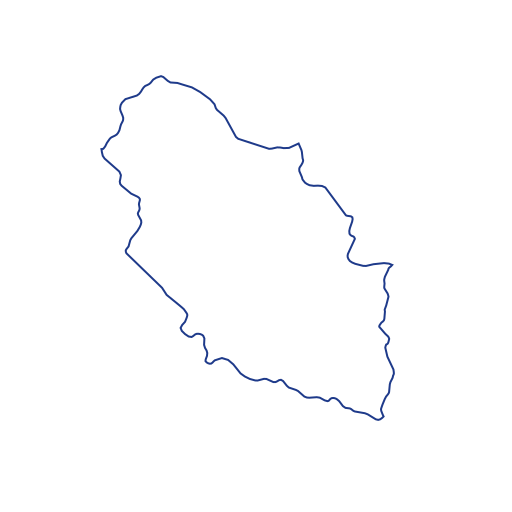 an SVG outline of Uvs, rotated 222°
{"feature_id": "MNG-3322", "entity_name": "Uvs", "entity_type": "Province", "adm_level": 1, "iso_a3": "MNG", "parent_name": "Mongolia", "parent_adm1": "", "projection": "natural_earth1", "projection_center": [92.636, 49.633], "detail": "fine", "context": "isolated", "style": "outline", "palette": "blue", "viewbox_px": 512, "rotation_deg": 222, "n_neighbors": 0, "source": "natural_earth", "source_scale": "10m", "svg_char_len": 3901}
<svg xmlns="http://www.w3.org/2000/svg" viewBox="0 0 512 512"><g transform="rotate(222 256 256)"><path d="M221.5,143.9L223.2,144.1L224.2,145.5L225.6,149.0L227.3,151.3L229.5,152.7L232.4,153.6L235.1,155.2L239.2,160.2L241.9,161.4L243.4,161.3L245.1,160.7L246.6,159.8L247.9,158.6L248.7,157.2L249.2,154.2L249.7,152.7L252.2,151.1L256.5,150.5L261.0,150.7L263.9,152.1L264.7,155.3L264.7,159.6L266.0,163.2L266.8,165.0L267.4,166.0L268.2,166.7L269.6,167.2L274.0,168.2L276.4,168.2L279.9,168.1L296.4,167.3L304.5,169.5L329.3,170.4L354.1,171.3L355.5,172.0L356.6,173.1L356.9,174.5L357.1,177.8L360.0,183.6L360.5,185.8L360.9,195.2L361.8,199.8L362.6,202.2L363.6,204.1L365.2,205.6L371.1,207.7L372.3,208.6L372.8,209.8L373.1,211.1L373.6,212.5L374.4,213.6L377.5,216.0L378.3,217.1L379.6,219.7L380.4,220.6L381.9,221.0L383.7,220.8L390.5,218.8L402.9,218.3L405.2,218.7L407.1,220.2L408.8,223.1L410.1,225.1L410.5,225.7L414.0,227.3L433.7,227.1L436.9,227.9L440.2,230.2L441.3,231.2L442.4,232.0L441.2,233.5L441.4,236.5L442.5,240.4L443.1,245.3L443.0,246.7L442.9,247.1L442.7,247.8L441.4,250.9L440.8,253.0L440.9,255.3L441.7,258.2L443.5,261.6L444.4,263.6L445.3,267.1L445.8,268.2L447.1,269.8L449.1,271.0L453.6,273.1L455.4,274.3L456.7,276.1L457.6,277.7L458.2,280.3L458.0,285.2L451.9,295.5L451.3,298.3L451.5,301.2L452.0,303.7L452.3,306.1L452.1,308.3L451.1,310.5L450.4,312.5L450.2,314.4L450.4,317.4L450.4,318.4L449.4,321.8L446.9,326.1L444.6,327.0L438.8,327.1L435.7,327.7L430.2,332.0L425.2,334.3L416.5,338.4L407.1,340.5L395.0,341.7L388.4,341.0L388.0,340.8L384.8,339.0L382.7,338.5L374.0,338.7L370.9,338.2L350.6,331.1L347.6,331.2L318.0,344.4L316.1,346.4L312.9,350.9L310.5,352.9L307.6,354.7L303.8,358.4L299.6,368.1L293.1,365.1L291.5,364.0L286.8,359.8L285.2,358.8L285.1,358.7L284.8,358.4L284.3,357.6L284.1,357.1L283.7,356.1L283.2,353.8L282.9,351.5L282.8,351.0L282.6,350.5L282.3,349.9L281.9,349.4L280.6,348.1L274.8,345.4L273.8,344.8L273.5,344.5L273.0,344.2L272.2,343.9L268.6,343.3L266.4,343.6L263.6,344.4L260.0,346.8L257.1,349.7L253.8,352.2L250.3,353.3L242.4,351.7L216.4,346.4L215.3,346.8L212.0,349.0L210.3,349.2L208.9,348.1L207.5,345.8L204.9,339.6L203.4,337.0L201.4,335.1L199.7,334.8L198.4,335.0L196.6,335.7L195.4,335.6L194.0,334.9L189.1,319.1L188.2,317.6L187.1,316.5L185.3,315.6L182.9,315.1L180.2,315.5L177.0,316.6L169.9,320.3L167.6,322.2L163.2,328.5L156.1,336.4L152.1,339.3L148.8,340.5L148.8,338.6L149.2,336.4L149.1,335.7L148.9,334.9L148.5,334.3L146.3,326.8L145.2,324.7L144.9,324.2L144.2,323.4L142.0,321.5L140.3,319.2L139.8,318.6L139.3,318.1L138.4,317.7L133.1,316.2L131.4,315.2L130.3,314.4L126.1,306.3L124.5,302.3L124.2,302.0L123.6,301.5L123.0,301.0L118.6,295.2L118.2,294.4L117.9,293.7L117.9,293.1L117.9,292.6L117.9,292.1L118.1,291.1L118.2,290.6L118.2,290.1L117.9,287.6L117.6,286.6L117.3,286.1L116.8,285.8L115.0,285.6L107.9,284.7L103.8,284.6L101.9,283.8L101.6,283.5L101.3,283.1L100.1,280.8L99.7,279.9L99.6,279.5L99.5,278.8L99.6,278.2L100.0,277.3L99.4,275.8L98.6,274.4L91.0,269.1L77.9,263.6L76.0,262.0L75.4,261.4L74.9,260.9L74.4,260.0L74.1,258.9L73.6,258.0L73.1,257.1L72.9,256.6L71.7,252.2L70.7,250.2L66.1,244.0L65.7,243.2L65.5,242.1L65.4,241.5L65.3,239.3L65.3,238.7L64.6,235.9L62.6,230.3L60.9,226.3L60.5,225.7L60.0,225.3L59.3,224.7L55.5,222.8L53.8,222.1L53.9,220.2L54.4,217.8L55.5,216.0L57.7,214.8L67.0,213.1L69.9,212.0L78.5,206.6L80.0,206.1L82.9,205.9L84.3,205.5L87.9,203.0L91.0,202.6L97.1,203.8L100.1,203.7L101.4,203.4L102.7,202.8L103.8,202.0L104.7,200.9L105.1,199.6L105.1,197.0L105.7,196.0L108.3,194.7L113.8,193.4L116.4,191.7L121.5,186.4L123.4,184.9L126.0,183.9L134.4,183.8L136.7,183.2L143.6,180.2L146.3,180.2L152.2,181.2L154.6,180.7L155.8,179.1L156.3,177.3L157.1,175.4L158.8,173.9L166.0,171.6L167.9,170.0L171.5,164.5L173.3,163.0L178.3,160.5L183.6,159.0L188.9,158.4L200.4,160.3L207.2,160.1L213.1,157.3L216.8,150.9L217.0,149.2L217.0,147.6L217.3,146.1L218.3,145.0L219.7,144.3L221.5,143.9Z" fill="none" stroke="#1e3a8a" stroke-width="2"/></g></svg>